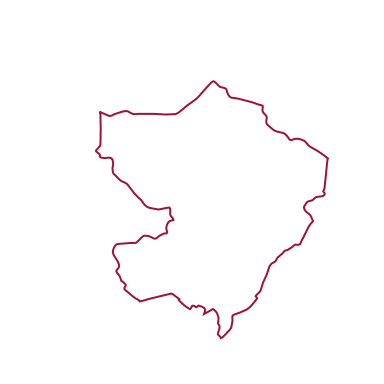 outline of Dien Bien Phu, Điện Biên, Vietnam, rotated 313°
{"feature_id": "81297802B75517223780643", "entity_name": "Dien Bien Phu", "entity_type": "district", "adm_level": 2, "iso_a3": "VNM", "parent_name": "Vietnam", "parent_adm1": "Điện Biên", "projection": "orthographic", "projection_center": [103.039, 21.414], "detail": "fine", "context": "isolated", "style": "outline", "palette": "rose", "viewbox_px": 384, "rotation_deg": 313, "n_neighbors": 0, "source": "geoboundaries", "source_scale": "gbopen_adm2", "svg_char_len": 4688}
<svg xmlns="http://www.w3.org/2000/svg" viewBox="0 0 384 384"><g transform="rotate(313 192 192)"><path d="M253.3,300.4L253.7,299.2L255.0,296.4L255.7,294.5L255.8,293.3L255.4,289.2L255.8,286.4L256.6,285.1L257.1,284.5L257.6,284.0L258.3,283.8L259.2,283.7L262.3,283.0L264.2,283.3L265.0,283.8L266.9,285.0L267.6,285.4L268.8,285.8L270.9,285.9L272.1,286.0L273.4,286.6L275.0,287.9L277.5,289.9L278.8,290.6L280.4,290.7L281.1,290.4L281.2,290.1L281.5,289.8L281.8,288.3L282.1,287.4L284.6,286.7L297.0,277.4L305.7,270.7L307.1,269.8L307.8,269.2L308.5,268.8L308.8,268.6L309.2,268.6L308.8,263.3L307.7,256.1L305.9,248.5L305.6,246.9L305.6,244.9L306.1,240.6L305.9,238.8L304.4,235.2L303.3,233.2L302.2,232.2L301.1,231.1L299.5,230.2L298.0,229.4L297.1,228.4L297.0,227.7L297.0,227.0L297.3,225.6L297.6,224.3L297.9,221.9L297.8,220.5L297.6,219.1L297.0,217.9L296.0,216.1L294.9,214.2L293.6,211.7L293.0,209.9L292.9,208.4L292.6,201.1L292.9,199.9L293.7,198.7L294.3,198.1L295.2,197.5L297.4,195.9L297.9,195.3L298.1,194.8L298.3,194.0L298.5,193.0L298.6,190.7L299.0,188.8L299.6,188.2L300.1,187.5L301.4,186.5L302.9,185.5L303.1,185.2L303.1,184.4L302.9,183.8L301.9,182.2L300.3,178.6L299.3,176.2L298.6,174.7L298.4,174.4L293.7,165.6L293.0,164.3L292.9,164.1L292.3,163.0L290.2,159.7L288.7,157.6L287.9,156.6L287.6,155.7L287.5,154.5L287.7,152.8L288.9,149.7L290.2,147.8L290.6,146.5L290.5,145.6L289.5,143.5L288.5,141.7L288.0,140.9L287.9,138.9L287.9,137.9L288.1,135.5L288.0,133.7L287.9,132.8L287.8,132.4L287.4,132.1L287.2,131.9L286.6,131.8L284.9,131.4L282.3,131.4L275.3,131.5L271.5,131.6L266.0,131.8L262.3,131.5L257.6,130.6L250.3,129.2L247.1,128.9L240.4,127.9L237.8,126.9L230.7,119.9L228.4,117.1L223.3,111.0L212.8,99.7L209.1,96.2L207.9,93.2L207.4,90.5L206.5,88.8L204.0,86.7L196.1,82.2L193.1,81.2L191.9,80.3L191.0,79.3L190.0,76.4L188.3,71.8L188.0,70.3L187.7,70.3L186.9,70.9L186.4,72.1L183.9,74.4L176.1,82.0L164.7,92.3L163.1,93.3L158.8,93.5L156.9,93.5L156.3,94.1L156.3,94.8L156.5,96.6L156.6,98.7L156.1,99.6L155.2,100.3L154.9,101.4L155.5,102.5L157.0,104.8L160.5,107.8L161.6,109.7L161.5,111.7L159.7,114.3L158.0,115.8L155.2,117.6L152.6,120.5L151.8,122.4L151.9,125.2L151.6,129.8L151.9,133.6L152.8,135.4L153.6,139.1L153.2,141.6L152.6,145.3L151.7,150.4L151.4,155.1L151.4,160.4L150.3,166.1L150.5,169.2L151.4,171.7L155.0,177.4L156.5,179.6L163.1,184.3L165.2,186.1L164.9,187.2L164.0,188.4L160.8,191.3L160.0,192.8L159.7,195.8L158.9,197.5L158.7,197.4L155.9,195.7L154.4,195.3L152.8,195.5L150.7,196.2L148.7,197.3L147.4,198.5L146.6,199.9L146.0,200.9L145.4,201.5L144.6,201.6L143.8,201.1L143.2,200.4L142.4,199.7L141.5,199.4L137.5,197.9L134.8,197.7L133.6,197.4L132.5,196.7L131.9,195.5L131.3,193.6L130.5,190.8L129.1,188.8L127.8,187.2L126.8,186.5L123.7,186.1L119.6,186.0L116.7,185.7L115.6,184.8L113.1,182.1L104.3,174.0L102.3,172.5L101.0,172.4L99.4,172.6L97.8,173.0L96.2,173.7L95.0,174.3L93.7,175.6L92.6,177.5L91.8,180.2L91.2,182.5L90.5,185.2L89.4,187.6L88.3,189.1L87.4,189.6L86.6,190.0L85.9,190.1L84.3,190.1L83.2,190.2L82.7,190.6L82.3,191.0L81.9,192.0L81.7,193.2L81.5,194.6L81.0,196.8L80.5,197.9L79.9,199.0L79.4,199.8L78.8,200.8L79.2,202.7L79.1,205.7L78.9,206.8L78.7,207.1L78.2,207.4L77.7,207.6L76.1,207.7L75.4,208.2L74.8,209.1L74.8,210.6L75.0,212.8L75.1,216.8L75.3,219.6L75.6,222.2L75.8,223.5L76.3,225.2L76.6,226.9L76.4,228.5L79.9,230.8L81.7,231.9L83.3,232.7L102.1,245.1L103.5,245.9L104.1,247.5L104.6,252.0L104.9,254.6L105.0,255.7L104.2,255.6L104.0,255.8L103.8,257.7L103.8,260.9L103.9,263.9L104.1,265.8L104.4,268.1L105.0,270.4L106.5,270.5L107.4,270.2L108.0,269.8L108.7,269.8L109.5,270.2L110.1,271.0L110.4,272.1L110.4,273.3L110.7,273.8L111.6,274.0L112.4,274.0L113.1,274.1L113.5,274.4L113.8,275.2L114.6,276.8L115.2,278.6L115.4,279.5L115.3,280.7L114.8,281.9L113.6,282.8L111.0,284.0L114.6,285.2L117.3,286.1L120.7,287.1L120.8,287.6L120.9,288.8L120.9,289.9L120.8,291.4L120.2,293.4L118.3,296.9L117.1,298.1L115.3,299.5L114.1,300.2L113.5,300.9L113.2,301.7L113.1,302.6L112.6,303.5L112.1,304.2L111.4,304.9L106.6,307.2L105.8,307.7L105.5,308.2L105.4,308.7L105.5,309.8L105.4,311.4L105.4,311.5L104.8,312.7L106.4,313.4L112.5,313.6L113.8,313.5L115.8,313.7L118.5,313.4L119.5,313.2L121.1,312.2L122.2,311.5L124.1,310.3L125.7,309.2L126.9,308.0L127.6,307.2L128.9,306.1L130.1,306.1L131.5,306.6L136.3,309.2L143.2,312.1L146.2,312.7L149.3,312.9L153.1,312.7L158.3,312.3L158.8,311.8L159.0,311.1L159.2,310.0L159.2,309.6L159.8,309.4L165.7,309.6L166.1,309.6L174.3,305.7L182.5,303.0L190.3,299.4L193.7,299.0L198.1,300.3L202.7,299.3L204.8,299.6L208.2,300.0L212.3,299.9L214.8,301.4L220.1,302.8L222.3,303.0L223.8,303.3L225.8,305.7L227.4,306.6L227.7,306.5L229.1,306.1L231.4,305.3L234.4,304.5L238.8,303.2L245.1,301.3L249.0,300.5L253.3,300.4Z" fill="none" stroke="#9f1239" stroke-width="2"/></g></svg>